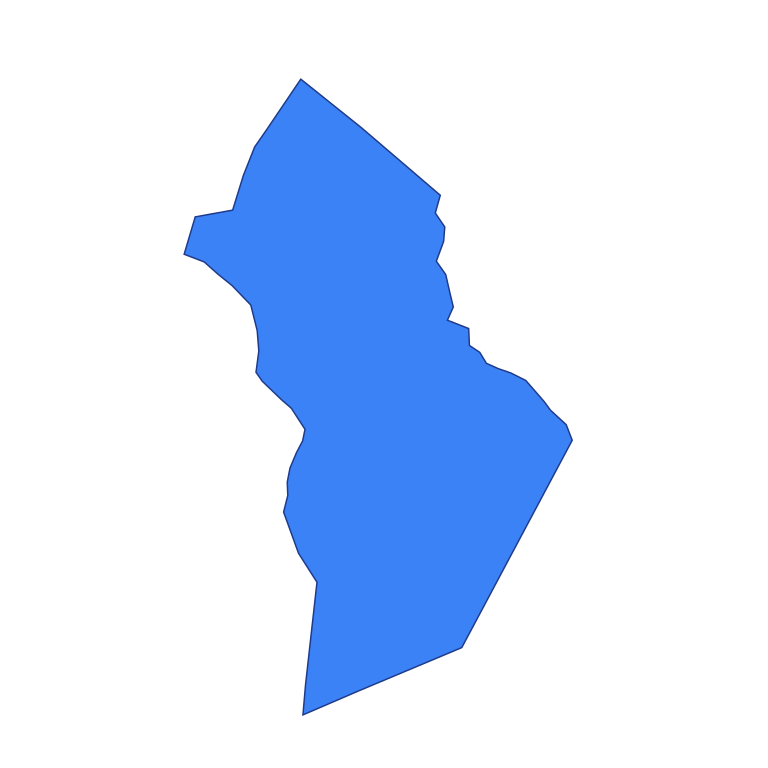 Arês, Rio Grande do Norte, Brazil (Robinson projection), rotated 261°
{"feature_id": "56859067B99959531577878", "entity_name": "Arês", "entity_type": "district", "adm_level": 2, "iso_a3": "BRA", "parent_name": "Brazil", "parent_adm1": "Rio Grande do Norte", "projection": "robinson", "projection_center": [-35.195, -6.196], "detail": "fine", "context": "isolated", "style": "filled", "palette": "blue", "viewbox_px": 768, "rotation_deg": 261, "n_neighbors": 0, "source": "geoboundaries", "source_scale": "gbopen_adm2", "svg_char_len": 792}
<svg xmlns="http://www.w3.org/2000/svg" viewBox="0 0 768 768"><g transform="rotate(261 384 384)"><path d="M698.1,349.5L654.1,308.4L638.3,293.3L612.1,277.8L579.4,261.7L578.6,223.7L543.4,206.9L532.7,225.5L518.2,237.4L504.9,249.4L482.8,264.8L456.6,267.1L436.1,265.5L415.6,259.4L405.6,264.3L384.5,280.3L374.5,288.7L351.6,298.9L340.5,294.7L329.9,286.8L315.7,278.0L302.2,273.1L288.9,271.5L273.2,264.8L230.2,273.1L198.7,286.8L99.0,259.4L69.9,252.2L84.7,310.3L111.5,419.6L299.0,561.1L315.3,557.6L332.1,544.3L341.5,539.5L365.3,524.6L375.1,510.9L381.4,499.1L388.4,488.4L400.3,483.5L408.7,474.4L425.5,476.3L437.1,456.6L449.2,464.5L464.3,463.3L482.4,462.1L497.1,454.9L515.5,465.2L529.6,468.6L544.8,461.4L561.6,469.1L640.4,402.0L698.1,349.5Z" fill="#3b82f6" stroke="#1e3a8a" stroke-width="1.5"/></g></svg>